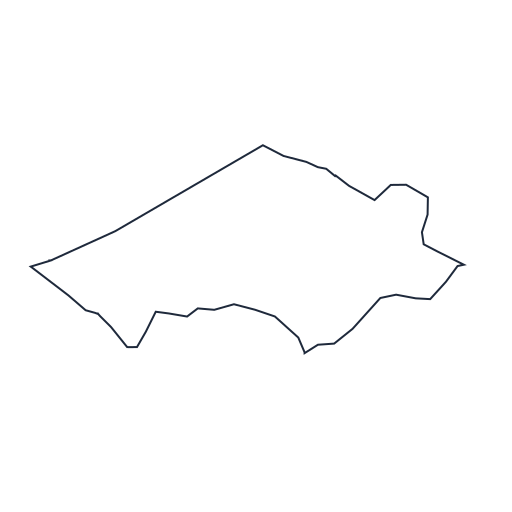 outline of Habo, Västra Götaland, Sweden, rotated 222°
{"feature_id": "70781695B50055255303815", "entity_name": "Habo", "entity_type": "district", "adm_level": 2, "iso_a3": "SWE", "parent_name": "Sweden", "parent_adm1": "Västra Götaland", "projection": "robinson", "projection_center": [14.097, 58.001], "detail": "fine", "context": "isolated", "style": "outline", "palette": "slate", "viewbox_px": 512, "rotation_deg": 222, "n_neighbors": 0, "source": "geoboundaries", "source_scale": "gbopen_adm2", "svg_char_len": 832}
<svg xmlns="http://www.w3.org/2000/svg" viewBox="0 0 512 512"><g transform="rotate(222 256 256)"><path d="M95.7,388.6L124.1,380.8L139.2,376.9L148.6,384.7L156.2,401.6L167.5,414.6L192.1,409.4L203.4,399.0L205.3,376.9L233.7,370.4L250.7,369.1L250.7,368.6L250.7,368.3L262.2,367.8L269.5,363.4L281.6,359.6L302.4,348.8L325.0,342.9L377.2,180.3L405.4,115.6L405.8,115.2L405.6,115.2L416.3,97.4L369.0,101.2L346.3,101.7L337.7,106.0L334.9,107.1L334.9,107.4L334.3,107.3L331.8,107.0L316.1,106.2L290.8,102.1L288.5,104.1L283.5,108.7L287.2,126.0L293.2,147.5L282.3,155.0L266.7,164.9L264.2,178.1L251.0,188.1L240.1,205.4L220.8,215.4L201.5,223.7L170.0,223.7L155.6,217.0L154.9,216.3L150.6,231.5L139.3,243.2L135.5,266.5L135.5,308.0L126.0,321.0L109.0,331.4L97.7,340.5L97.6,363.9L99.5,383.4L95.7,388.6Z" fill="none" stroke="#1e293b" stroke-width="2"/></g></svg>